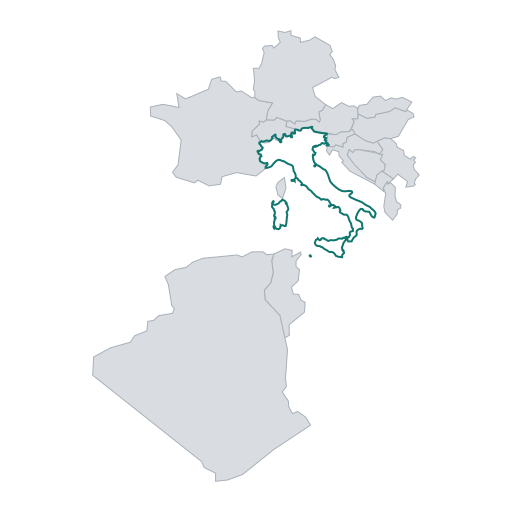 Italy shown with its bordering countries
{"feature_id": "ITA", "entity_name": "Italy", "entity_type": "country or territory", "adm_level": 0, "iso_a3": "ITA", "parent_name": "Europe", "parent_adm1": "", "projection": "natural_earth1", "projection_center": [11.757, 41.885], "detail": "fine", "context": "with_neighbors", "style": "outline", "palette": "teal", "viewbox_px": 512, "rotation_deg": 0, "n_neighbors": 14, "source": "natural_earth", "source_scale": "50m", "svg_char_len": 11606}
<svg xmlns="http://www.w3.org/2000/svg" viewBox="0 0 512 512"><path d="M254.5,97.4L258.9,100.6L272.7,102.9L267.7,111.3L266.3,120.1L263.6,122.2L259.2,121.1L259.5,124.2L252.2,131.2L251.9,136.8L256.6,134.8L259.8,140.3L259.4,143.8L262.2,148.5L258.7,152.3L261.0,161.9L266.4,163.5L265.1,168.9L256.0,176.0L236.5,172.6L222.0,176.7L220.6,184.2L209.0,185.9L198.0,180.2L194.3,182.9L176.2,177.2L172.5,172.3L178.0,164.8L181.2,140.0L171.9,127.0L165.1,120.7L150.6,116.0L150.3,107.0L163.0,104.3L179.0,107.5L176.8,93.6L185.5,98.9L208.3,89.3L211.7,79.3L220.1,76.9L221.3,81.1L225.7,81.3L236.4,92.0L241.4,91.0L251.7,97.7L254.5,97.4ZM278.0,182.3L284.4,177.5L286.0,188.2L282.6,198.0L278.1,195.4L275.9,186.9L278.0,182.3Z" fill="#d9dde1" stroke="#a8b0b8" stroke-width="1"/><path d="M284.2,338.3L279.9,315.5L265.1,299.7L264.3,290.1L270.7,283.0L273.2,272.6L271.7,260.5L273.9,254.0L285.0,248.8L292.2,250.4L291.8,256.8L300.5,252.1L301.2,254.5L296.1,260.8L296.0,266.6L299.5,269.8L298.2,280.8L291.4,287.1L293.3,294.1L298.6,294.3L301.2,300.3L305.1,302.3L304.5,312.1L289.1,324.7L289.3,335.3L284.2,338.3Z" fill="#d9dde1" stroke="#a8b0b8" stroke-width="1"/><path d="M92.7,375.3L93.7,356.9L111.0,347.6L130.3,342.2L134.5,335.8L146.9,330.8L147.8,321.4L153.8,320.3L158.7,315.6L172.4,313.4L174.4,308.5L171.8,305.8L168.4,284.6L164.9,276.5L175.0,269.6L186.2,267.4L192.8,262.1L202.8,258.3L237.1,255.0L242.2,256.9L251.9,251.9L262.8,251.8L266.9,254.7L273.9,254.0L271.7,260.5L273.2,272.6L270.7,283.0L264.3,290.1L265.1,299.7L279.9,315.5L287.5,349.5L285.5,378.6L286.4,386.6L282.2,391.9L288.4,401.2L288.7,406.6L292.5,413.7L297.5,411.4L305.8,417.3L310.5,425.2L273.9,449.4L242.7,474.4L227.6,480.0L215.6,481.3L215.6,473.2L204.1,467.5L201.6,461.6L92.7,375.3Z" fill="#d9dde1" stroke="#a8b0b8" stroke-width="1"/><path d="M358.1,108.1L357.8,118.9L352.3,119.0L354.3,121.6L349.4,131.7L340.9,132.0L336.0,134.8L313.9,130.7L311.8,126.4L302.1,128.5L301.0,130.9L285.8,126.5L286.9,121.3L289.9,120.6L294.8,124.0L296.2,120.8L304.7,121.3L311.6,119.1L316.3,119.5L319.3,122.0L320.2,119.9L318.8,111.9L322.3,110.3L325.6,104.6L332.8,108.6L341.5,102.6L349.1,106.4L353.6,105.8L358.1,108.1Z" fill="#d9dde1" stroke="#a8b0b8" stroke-width="1"/><path d="M407.6,110.2L413.1,113.6L414.0,116.9L408.2,119.5L398.4,136.3L390.6,138.6L384.5,138.0L373.5,143.2L365.4,140.8L354.8,133.9L352.8,129.7L351.2,129.6L354.3,121.6L352.3,119.0L357.8,118.9L358.4,113.9L367.0,118.4L375.1,116.9L375.8,114.4L389.8,111.4L395.1,107.7L405.6,111.5L407.6,110.2Z" fill="#d9dde1" stroke="#a8b0b8" stroke-width="1"/><path d="M330.0,45.4L332.3,51.5L329.7,54.7L333.1,59.0L335.6,65.5L334.9,69.6L338.9,77.4L334.7,78.6L332.1,77.2L312.5,87.6L315.2,96.4L325.6,104.6L322.3,110.3L318.8,111.9L320.2,119.9L319.3,122.0L316.3,119.5L311.6,119.1L304.7,121.3L296.2,120.8L294.8,124.0L289.9,120.6L286.9,121.3L276.6,117.5L274.6,120.2L266.3,120.1L267.7,111.3L272.7,102.9L258.9,100.6L254.5,97.4L255.1,92.1L253.3,89.3L254.6,81.1L253.4,68.3L259.0,68.3L261.5,63.8L264.2,52.7L262.5,48.7L264.4,46.1L272.2,45.5L273.9,48.1L280.3,42.2L278.3,37.7L278.0,31.0L285.0,32.5L290.9,30.7L291.0,35.3L300.4,38.1L300.3,42.4L309.8,40.1L315.0,36.8L330.0,45.4Z" fill="#d9dde1" stroke="#a8b0b8" stroke-width="1"/><path d="M400.8,204.7L400.8,208.0L397.5,209.9L397.1,214.0L392.6,220.1L384.9,212.2L383.8,206.2L385.7,193.7L383.2,187.7L387.3,181.5L388.0,183.9L390.7,182.8L395.3,187.4L395.0,196.3L396.6,201.7L400.8,204.7Z" fill="#d9dde1" stroke="#a8b0b8" stroke-width="1"/><path d="M354.8,133.9L365.4,140.8L373.5,143.2L377.1,141.3L382.9,149.7L379.2,154.4L374.7,151.6L359.4,149.7L354.8,150.0L352.8,152.6L349.2,149.7L347.2,154.9L366.7,177.3L375.6,182.0L374.6,184.1L350.1,171.3L341.6,162.1L343.6,161.1L339.1,155.9L338.8,151.7L332.5,149.7L329.5,155.1L326.6,150.9L327.1,146.4L334.0,146.8L335.7,144.7L342.9,147.0L342.9,143.5L346.2,142.2L347.1,137.2L354.8,133.9Z" fill="#d9dde1" stroke="#a8b0b8" stroke-width="1"/><path d="M286.9,121.3L285.8,126.5L295.1,129.1L294.3,134.2L290.0,136.3L282.8,134.7L280.6,139.7L276.0,140.1L274.3,138.1L268.7,142.4L264.0,143.0L259.8,140.3L256.6,134.8L251.9,136.8L252.2,131.2L259.5,124.2L259.2,121.1L263.6,122.2L266.3,120.1L274.6,120.2L276.6,117.5L286.9,121.3Z" fill="#d9dde1" stroke="#a8b0b8" stroke-width="1"/><path d="M327.9,133.9L336.0,134.8L340.9,132.0L349.4,131.7L351.2,129.6L352.8,129.7L354.8,133.9L347.1,137.2L346.2,142.2L342.9,143.5L342.9,147.0L335.7,144.7L334.0,146.8L327.1,146.4L329.3,145.3L326.9,140.0L327.9,133.9Z" fill="#d9dde1" stroke="#a8b0b8" stroke-width="1"/><path d="M411.8,102.1L405.6,111.5L395.1,107.7L389.8,111.4L375.8,114.4L375.1,116.9L367.0,118.4L358.4,113.9L357.4,109.6L359.4,105.4L366.9,104.3L373.1,97.1L380.4,96.1L385.4,100.5L391.0,97.8L395.6,99.1L402.4,97.4L411.8,102.1Z" fill="#d9dde1" stroke="#a8b0b8" stroke-width="1"/><path d="M375.6,182.0L366.7,177.3L354.4,164.6L347.2,154.9L349.2,149.7L352.8,152.6L354.8,150.0L359.4,149.7L382.8,154.3L380.5,159.8L385.4,164.6L384.2,170.5L376.9,175.1L375.6,182.0Z" fill="#d9dde1" stroke="#a8b0b8" stroke-width="1"/><path d="M377.1,141.3L384.5,138.0L390.6,138.6L396.1,143.5L397.4,147.4L403.5,150.4L404.4,155.5L410.3,159.1L413.3,156.3L415.8,157.9L413.6,160.0L415.5,162.2L413.2,165.0L414.3,169.6L419.3,175.0L415.7,178.9L414.2,182.9L415.3,184.4L413.8,186.1L405.8,187.1L407.6,181.6L397.8,174.2L392.4,180.0L393.2,178.9L381.8,171.1L384.2,170.5L385.4,164.6L380.5,159.8L382.8,154.3L379.2,154.4L382.9,149.7L377.1,141.3Z" fill="#d9dde1" stroke="#a8b0b8" stroke-width="1"/><path d="M393.2,178.9L388.0,183.9L387.3,181.5L383.2,187.7L383.9,191.7L374.6,184.1L376.9,175.1L381.8,171.1L393.2,178.9Z" fill="#d9dde1" stroke="#a8b0b8" stroke-width="1"/><path d="M261.6,141.1L262.6,141.7L264.6,141.3L266.6,140.4L269.1,141.1L271.1,140.0L271.3,139.5L272.4,138.2L272.4,137.8L272.0,137.0L272.1,136.8L273.5,135.9L274.2,135.2L274.9,134.7L275.4,134.6L275.6,135.2L275.5,136.7L275.7,137.1L277.5,138.8L279.2,139.2L279.3,139.4L278.8,140.2L279.8,141.2L280.0,141.9L280.5,142.3L281.2,142.1L281.4,141.7L280.9,140.4L281.0,140.0L281.2,139.5L283.0,137.5L283.4,136.6L283.5,134.3L284.0,134.0L285.2,134.2L285.7,135.8L286.1,136.4L287.2,136.5L289.6,135.6L290.2,135.7L291.1,137.2L291.5,137.3L292.0,137.2L291.8,135.7L291.6,135.0L291.2,134.6L291.1,134.2L291.6,132.7L292.7,132.5L293.4,133.2L294.3,133.4L295.0,133.4L295.1,132.9L295.1,132.5L294.7,131.9L294.7,131.1L295.2,129.5L297.5,129.7L298.2,130.3L298.9,130.6L300.5,130.5L300.8,130.3L301.2,129.5L301.8,128.6L302.9,128.1L305.7,127.8L308.1,128.0L311.9,126.8L312.2,126.9L312.2,127.0L311.5,128.0L311.8,128.6L312.9,129.8L314.1,131.5L315.0,131.8L321.7,133.1L324.8,133.3L326.9,133.7L326.7,134.4L325.5,135.0L324.0,136.2L323.8,136.9L324.0,137.4L324.2,137.5L324.5,137.4L324.9,137.5L326.2,138.0L326.3,138.2L326.1,138.5L324.8,139.7L324.8,140.3L325.1,140.5L325.9,140.4L326.1,140.7L325.7,142.2L325.8,142.5L326.6,142.8L327.2,143.1L328.2,144.2L328.7,145.0L328.4,145.2L327.7,145.4L327.2,145.3L327.8,144.8L326.2,143.0L325.6,143.0L324.6,143.8L322.1,143.0L321.6,143.3L321.3,143.9L320.4,144.7L319.1,145.0L317.8,145.8L315.2,146.9L314.5,146.8L315.6,145.8L315.1,145.8L313.8,146.5L313.0,147.1L312.5,149.6L313.1,150.0L314.2,152.1L315.5,153.0L314.9,154.5L314.1,155.1L313.4,154.7L313.0,154.7L312.8,156.1L313.3,159.7L314.2,162.3L315.1,163.4L317.1,165.2L319.3,166.1L323.1,169.0L325.3,170.0L325.8,170.5L327.1,172.7L328.2,175.4L329.5,179.5L330.3,181.5L332.1,183.8L335.7,187.1L338.9,189.5L342.0,191.0L344.3,191.3L349.9,190.9L350.9,191.1L351.9,191.5L352.2,192.5L351.8,193.2L350.7,193.9L349.5,194.9L349.4,196.3L350.5,197.3L355.9,199.8L361.5,202.0L363.2,203.1L365.3,204.7L370.1,207.1L371.0,208.2L374.0,210.7L375.4,212.6L375.6,214.0L375.0,215.5L374.8,216.6L374.3,217.6L373.0,217.2L371.6,216.1L369.3,211.8L365.4,211.4L364.6,211.1L363.2,210.3L363.1,209.8L362.8,209.2L362.4,209.0L360.9,208.9L359.9,209.6L358.7,211.2L357.4,213.6L356.0,217.1L356.0,218.5L356.7,219.9L359.0,220.7L360.8,221.9L362.0,223.2L362.2,226.2L362.7,228.0L362.0,229.0L360.5,228.7L358.5,229.4L357.1,230.5L356.5,231.6L356.7,234.4L356.5,235.4L353.8,237.5L352.5,239.5L351.6,241.4L348.2,241.4L347.4,240.2L347.4,238.4L347.9,237.3L349.2,236.8L350.0,234.5L349.7,232.9L350.1,232.1L350.6,231.6L352.9,231.0L353.0,228.7L351.9,227.7L351.0,223.5L349.2,220.1L348.3,217.0L347.5,215.5L346.5,214.7L344.5,214.7L343.5,214.5L340.0,212.3L339.8,212.0L339.8,211.4L340.4,210.6L340.0,209.4L339.6,208.3L338.9,207.4L338.1,206.9L336.0,207.4L335.1,207.4L334.3,207.8L333.9,207.8L335.1,206.2L334.7,205.8L333.5,205.1L331.4,204.9L331.2,205.3L330.9,205.1L330.9,204.4L329.0,201.1L327.7,199.8L327.1,199.5L325.9,199.8L324.0,199.2L322.8,199.1L321.2,199.7L320.8,199.4L320.6,199.0L318.8,197.6L316.7,196.8L312.4,192.5L311.1,190.9L308.4,189.1L306.7,186.6L305.3,185.6L303.3,184.8L301.8,185.3L301.4,184.9L302.2,184.4L302.0,183.4L299.8,180.9L298.4,180.1L297.5,178.4L296.9,178.2L296.3,178.2L295.6,178.0L295.8,175.9L295.6,175.1L294.9,173.0L293.7,171.2L293.0,166.9L292.4,165.8L291.0,164.9L287.9,163.8L283.6,161.1L282.6,161.1L280.0,160.0L278.4,159.8L276.3,160.8L273.7,163.4L271.6,166.1L270.8,166.6L268.1,167.6L265.7,168.0L265.6,166.8L267.3,164.7L267.6,164.1L267.2,163.0L266.9,163.0L264.6,163.5L264.1,163.4L260.6,161.6L260.0,160.9L259.8,160.2L259.9,159.8L259.5,158.7L260.7,156.6L261.1,156.5L261.4,156.2L261.0,154.8L260.5,154.4L259.1,154.1L258.5,153.6L258.4,153.0L258.1,152.3L257.6,151.8L257.5,151.2L258.1,150.8L259.6,150.9L261.0,149.9L262.0,149.6L262.4,148.3L262.7,147.9L262.7,147.6L261.4,146.4L260.9,145.4L260.1,144.3L259.4,143.8L259.3,143.4L259.3,142.9L259.4,142.5L260.8,141.8L261.6,141.1ZM315.1,166.3L315.4,165.7L315.3,165.2L314.7,165.3L314.2,165.9L314.5,166.4L315.1,166.3ZM346.7,237.8L345.7,239.8L343.3,243.3L342.6,245.8L341.9,247.5L342.1,249.0L343.3,250.2L342.7,250.6L343.9,252.1L344.0,252.6L344.0,253.1L342.9,254.1L342.4,254.7L342.2,255.3L342.1,256.0L342.2,256.6L342.2,257.2L341.0,257.2L339.9,256.8L338.7,256.9L335.9,255.8L334.5,253.6L333.4,252.7L332.2,252.0L329.8,252.0L328.7,251.6L326.6,250.1L324.2,248.9L322.3,247.2L321.0,246.9L319.8,246.1L317.5,246.0L316.9,245.8L315.7,244.8L314.8,242.9L315.9,239.9L317.1,239.3L317.8,238.3L319.0,239.8L319.5,240.2L320.1,240.1L321.0,239.6L321.1,239.0L322.2,238.2L323.5,238.2L324.1,238.3L324.4,239.0L325.5,239.3L327.5,240.6L328.6,240.9L330.0,240.3L331.2,240.1L333.6,240.4L334.9,240.1L335.8,240.0L337.1,239.5L338.2,238.7L338.7,238.5L340.6,238.5L342.0,238.7L342.6,238.5L343.1,237.9L343.7,237.7L344.3,237.9L345.9,236.9L346.6,236.9L347.3,237.2L346.7,237.8ZM286.6,204.2L287.1,205.0L288.2,208.3L288.3,209.0L287.8,210.3L286.6,212.0L286.8,213.3L287.2,214.2L287.3,215.1L287.0,216.3L286.3,223.5L285.7,225.9L285.0,226.2L282.7,225.2L281.6,225.5L280.6,224.9L280.3,227.4L279.7,228.4L278.8,229.1L278.0,229.1L277.2,228.9L276.5,228.9L275.9,228.4L274.2,225.4L274.0,221.9L274.5,220.9L274.7,219.8L274.6,218.9L274.8,218.5L275.2,218.9L275.5,218.7L275.6,217.4L275.1,216.6L274.2,216.4L274.1,215.6L274.2,214.9L274.7,214.4L274.8,213.7L274.9,211.7L274.3,210.9L274.0,209.8L273.7,209.0L272.1,207.1L272.0,205.6L272.5,203.8L273.3,204.5L273.9,204.7L274.9,204.8L276.0,204.6L278.5,203.4L280.3,201.4L281.4,200.9L281.9,200.4L282.1,199.7L282.6,199.5L283.1,200.2L283.8,200.3L284.9,200.9L285.7,202.1L286.4,202.5L286.5,202.7L286.2,202.8L285.8,203.6L286.6,204.2ZM294.4,179.4L294.7,179.9L294.7,180.2L294.5,180.5L294.6,181.2L293.8,180.6L292.5,180.9L291.7,180.9L291.5,180.3L291.7,180.0L292.9,179.9L293.3,179.8L294.0,179.8L294.4,179.4ZM274.8,227.1L274.2,228.4L273.6,227.5L273.6,226.7L274.8,227.1ZM273.5,202.0L272.8,202.8L272.3,202.8L272.9,201.5L273.5,201.2L273.7,201.5L273.5,202.0ZM310.9,256.4L310.4,256.5L309.8,256.1L309.7,255.5L309.9,255.3L310.6,255.5L310.9,256.4ZM330.0,206.3L329.4,206.6L329.1,206.4L329.0,206.2L329.1,205.7L330.0,206.0L330.0,206.3Z" fill="none" stroke="#0f766e" stroke-width="2"/></svg>